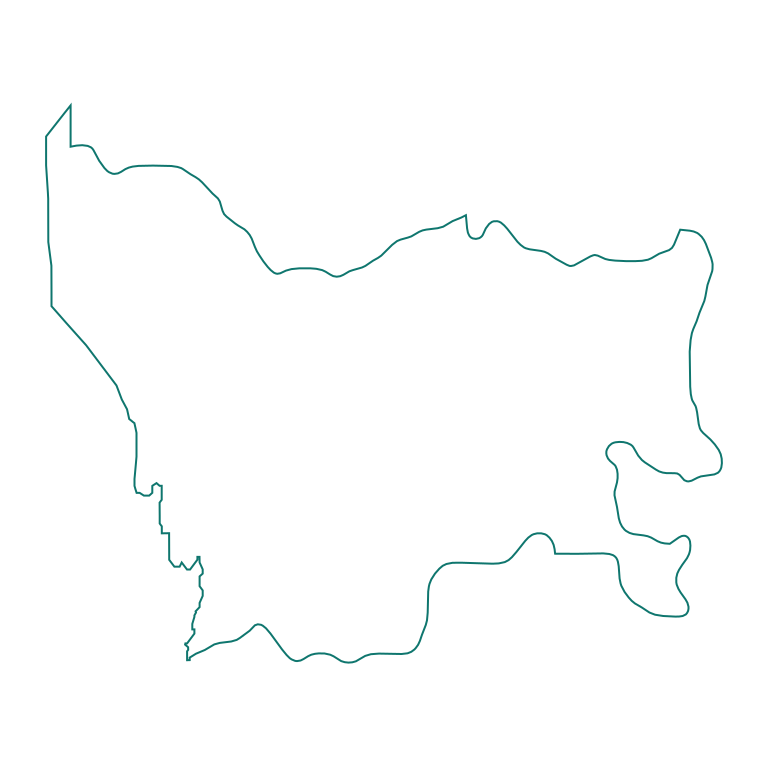 Dajabón, Dajabón, Dominican Republic (Equal Earth projection)
{"feature_id": "3306468B69873779257439", "entity_name": "Dajabón", "entity_type": "district", "adm_level": 2, "iso_a3": "DOM", "parent_name": "Dominican Republic", "parent_adm1": "Dajabón", "projection": "equal_earth", "projection_center": [-71.604, 19.566], "detail": "fine", "context": "isolated", "style": "outline", "palette": "teal", "viewbox_px": 768, "rotation_deg": 0, "n_neighbors": 0, "source": "geoboundaries", "source_scale": "gbopen_adm2", "svg_char_len": 5646}
<svg xmlns="http://www.w3.org/2000/svg" viewBox="0 0 768 768"><path d="M689.7,351.6L690.6,340.1L691.9,333.1L693.3,329.0L696.6,321.3L699.5,312.7L704.3,301.0L705.4,296.5L707.5,285.0L712.2,271.1L712.5,268.9L712.6,264.2L712.2,261.9L711.1,257.8L705.9,244.0L704.0,240.1L701.7,236.8L698.8,234.1L697.3,233.0L693.7,231.5L689.9,230.7L680.2,229.7L674.0,244.7L672.0,247.9L669.1,250.1L659.2,253.7L651.5,258.2L648.0,259.7L642.0,260.8L635.9,261.1L625.5,261.1L615.2,260.6L609.1,259.9L605.3,259.0L597.7,255.6L594.8,255.0L593.2,255.3L590.4,256.4L574.0,265.4L571.0,266.0L569.5,265.9L566.6,264.7L555.7,258.7L548.1,253.4L544.6,251.8L540.9,250.9L529.6,249.3L525.9,248.3L524.1,247.5L520.6,244.9L517.4,241.7L507.2,228.7L504.2,225.4L500.9,222.6L499.1,221.7L497.3,221.2L493.7,221.3L491.9,221.9L489.1,224.0L485.8,228.4L482.8,234.9L481.8,236.3L480.5,237.4L479.1,238.2L475.9,238.9L472.7,238.4L471.1,237.6L469.7,236.3L468.7,234.5L467.9,232.6L467.1,228.4L465.9,215.2L461.4,217.5L452.6,221.1L443.2,226.7L437.7,228.2L426.3,229.6L422.6,230.4L419.2,231.8L411.3,236.4L407.8,237.6L400.6,239.6L397.0,241.1L392.1,244.9L381.3,255.6L378.0,257.9L373.0,260.7L365.4,265.9L362.0,267.5L352.9,270.1L349.4,271.3L343.4,274.8L340.2,276.2L336.7,276.7L333.2,276.1L330.1,274.5L325.6,271.7L322.2,270.1L316.3,268.8L310.1,268.3L299.6,268.3L291.5,269.1L286.0,270.6L280.2,273.3L277.2,273.8L275.5,273.4L273.8,272.6L270.7,270.1L267.7,266.9L263.4,261.4L259.4,255.4L256.9,251.3L254.9,246.9L251.7,238.6L249.7,235.0L247.2,231.9L244.4,229.3L237.9,225.4L234.9,223.3L226.5,216.6L224.1,214.1L222.5,210.7L219.8,201.5L217.9,198.4L212.5,193.5L202.1,182.3L198.9,179.4L195.5,177.1L190.5,174.2L182.8,169.0L181.2,168.1L177.4,166.9L171.4,166.0L153.0,165.6L138.6,165.9L132.6,166.6L128.8,167.6L125.4,169.1L121.0,171.9L117.9,173.4L114.4,173.9L112.5,173.7L109.0,172.2L107.3,171.0L104.4,168.0L99.2,160.8L93.4,150.0L92.3,148.5L90.9,147.3L87.7,145.9L82.3,145.2L76.5,145.6L70.6,146.7L70.6,105.4L64.3,113.3L46.1,136.5L46.1,140.2L46.1,165.4L47.9,192.9L48.2,198.8L48.2,204.7L48.3,242.0L51.4,265.7L51.5,292.2L51.5,303.7L51.5,306.2L56.1,311.4L66.2,322.9L76.1,334.0L86.1,345.2L116.5,385.5L121.8,399.5L127.0,409.2L127.3,410.4L129.2,419.0L131.6,420.9L132.9,422.0L134.4,423.1L135.4,427.6L136.2,431.4L136.5,432.9L136.5,446.3L136.5,456.6L135.9,463.6L134.8,475.7L134.5,478.9L134.5,485.9L135.3,488.7L136.6,492.9L139.7,492.9L143.9,495.6L149.2,495.6L151.1,493.9L152.3,492.8L152.3,485.9L152.8,485.5L154.2,484.6L156.5,483.1L159.6,485.8L161.7,485.8L161.7,490.8L161.7,499.8L159.6,502.6L159.7,515.9L159.7,520.1L159.7,523.5L161.0,525.3L161.8,526.3L161.8,533.3L162.6,533.3L163.6,533.3L169.1,533.2L169.2,557.9L169.2,559.3L169.2,559.8L169.8,560.6L174.4,566.7L179.6,566.7L181.5,562.9L181.7,562.5L187.0,569.5L190.1,569.5L192.1,566.8L197.4,559.7L197.4,556.9L199.5,556.9L199.6,562.5L201.6,566.9L202.7,569.4L202.7,573.6L199.6,576.4L199.6,586.2L202.7,590.4L202.7,595.9L199.6,602.9L199.6,607.1L196.6,610.3L195.6,611.3L196.0,612.5L194.4,615.4L194.4,616.2L194.4,616.9L192.3,623.9L192.3,629.4L194.4,629.4L194.4,633.6L189.7,639.9L187.1,643.4L185.4,643.4L185.1,644.6L188.1,647.2L188.2,649.8L187.1,651.3L187.1,660.2L189.7,660.1L189.7,657.6L196.0,653.7L204.8,650.0L214.3,644.4L219.8,642.9L231.2,641.5L236.7,639.9L239.8,638.0L249.7,630.7L254.9,625.3L257.8,624.3L261.1,624.8L262.8,625.7L266.0,628.3L270.5,633.6L282.1,649.5L286.6,655.0L289.8,658.2L291.6,659.4L295.2,660.9L297.0,661.1L300.6,660.5L303.6,659.0L308.1,656.2L311.3,654.7L315.0,653.8L318.8,653.4L324.6,653.5L330.2,654.7L333.6,656.3L341.2,661.1L344.8,662.2L348.5,662.6L352.3,662.3L355.9,661.3L365.2,655.9L370.9,654.2L379.0,653.6L401.6,654.0L407.6,653.3L411.3,651.8L414.4,649.5L415.7,648.1L418.1,644.8L419.9,640.9L422.0,634.7L425.8,624.9L427.0,620.3L427.7,612.6L428.2,591.5L428.9,586.4L429.5,583.9L431.3,579.4L435.0,573.6L439.4,568.6L442.7,565.8L446.4,564.0L452.5,562.8L460.8,562.7L492.6,563.7L498.8,563.4L504.8,562.1L508.6,560.1L511.9,557.2L516.4,552.0L525.2,540.9L528.3,537.6L531.8,535.0L533.6,534.2L537.3,533.3L541.1,533.3L544.8,534.2L546.6,535.1L549.5,537.7L551.9,541.0L553.6,544.8L554.6,549.2L555.1,553.7L577.1,553.8L603.2,553.4L609.3,554.0L612.9,555.1L614.6,556.2L616.1,557.7L617.2,559.6L617.9,561.7L618.7,566.2L619.6,578.5L620.6,583.5L621.3,585.7L624.6,592.0L628.7,597.5L631.7,600.8L635.0,603.5L641.7,607.4L649.4,612.5L655.0,614.7L663.2,616.0L675.4,616.6L679.2,616.5L682.7,616.0L685.9,614.4L687.2,612.8L688.1,610.9L688.5,608.8L688.5,606.7L687.4,602.7L685.4,599.2L680.6,592.5L678.4,588.8L676.7,584.6L676.3,582.4L676.3,577.8L677.3,573.5L679.0,569.9L682.2,564.9L687.0,558.2L688.9,554.4L689.6,552.2L690.1,550.0L690.4,545.6L690.0,541.5L689.3,539.5L688.1,537.7L686.5,536.4L684.9,535.8L683.2,535.8L681.6,536.1L678.8,537.5L669.8,543.8L664.6,543.4L660.9,542.6L657.5,541.2L651.2,537.6L647.6,536.2L643.6,535.4L633.4,534.1L629.5,532.9L626.0,530.9L624.5,529.6L622.0,526.5L620.1,522.7L618.8,518.3L617.0,507.0L614.5,495.3L614.6,491.5L617.0,482.4L617.6,478.1L617.6,473.8L617.0,469.7L615.6,466.2L614.6,464.9L610.0,460.9L608.0,458.5L606.6,455.3L606.3,453.3L606.4,451.2L607.0,449.3L608.9,446.1L611.6,443.7L613.5,442.8L615.4,442.3L619.4,441.9L623.4,442.1L627.2,443.0L630.8,444.7L632.4,446.0L633.5,447.5L638.2,455.6L641.9,460.0L644.9,462.4L655.9,469.6L659.1,471.4L662.8,472.6L666.4,473.1L674.7,473.2L677.3,473.5L679.6,474.9L684.3,480.2L687.0,481.3L688.6,481.4L691.6,480.7L697.5,477.7L700.9,476.4L714.4,474.4L717.9,472.8L719.4,471.3L720.5,469.5L721.3,467.5L721.9,463.2L721.7,458.7L720.7,454.2L718.7,449.9L714.8,444.4L710.4,439.5L703.2,433.0L700.9,430.3L699.9,428.4L698.7,424.0L697.1,412.4L696.2,408.1L695.6,406.2L692.3,400.4L691.7,398.5L690.8,394.1L690.2,386.7L689.7,351.6Z" fill="none" stroke="#0f766e" stroke-width="2"/></svg>